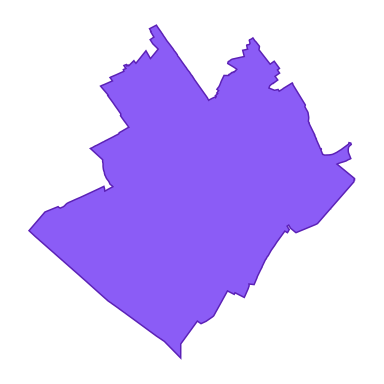 Westland, Zuid-Holland, Netherlands, rotated 271°
{"feature_id": "6326949B68142534510044", "entity_name": "Westland", "entity_type": "district", "adm_level": 2, "iso_a3": "NLD", "parent_name": "Netherlands", "parent_adm1": "Zuid-Holland", "projection": "orthographic", "projection_center": [4.25, 52.001], "detail": "fine", "context": "isolated", "style": "filled", "palette": "violet", "viewbox_px": 384, "rotation_deg": 271, "n_neighbors": 0, "source": "geoboundaries", "source_scale": "gbopen_adm2", "svg_char_len": 5772}
<svg xmlns="http://www.w3.org/2000/svg" viewBox="0 0 384 384"><g transform="rotate(271 192 192)"><path d="M150.5,29.7L144.9,35.9L103.0,85.2L89.6,100.7L81.7,109.9L76.8,117.1L64.7,134.4L47.3,159.0L42.2,166.9L25.8,183.6L39.9,183.4L63.0,199.6L60.5,203.3L62.7,207.8L62.8,208.1L67.3,214.4L68.1,215.4L68.3,215.6L68.8,216.0L73.2,218.3L75.0,219.3L83.7,223.9L93.7,229.2L92.1,232.5L90.4,236.0L92.0,236.8L87.5,246.1L89.5,247.0L96.2,249.8L99.0,250.7L100.2,250.7L101.0,250.6L100.5,255.7L107.6,258.6L108.1,258.6L114.6,261.6L118.2,263.4L118.6,263.4L124.7,266.2L125.8,266.7L125.9,267.0L129.0,268.6L129.1,268.9L130.0,269.5L133.8,271.5L135.2,272.3L137.1,273.6L138.4,274.5L140.0,275.6L141.8,276.7L142.0,276.8L144.0,278.1L148.5,281.3L154.5,285.5L153.0,288.1L153.9,288.7L155.2,289.4L155.3,289.4L156.2,289.9L156.5,289.6L156.8,289.3L157.2,289.1L159.5,287.7L159.6,287.9L160.1,288.5L160.6,289.3L157.6,291.1L153.2,296.5L153.2,296.8L161.6,316.1L162.6,318.0L177.6,330.6L177.6,330.8L177.8,330.8L205.0,353.7L208.1,354.0L207.8,354.3L208.3,354.3L222.4,336.5L223.0,337.6L224.0,340.4L225.1,343.8L225.3,344.3L225.8,345.7L226.2,346.3L226.7,347.1L227.0,347.7L227.2,348.1L227.3,348.4L227.9,349.7L228.2,350.2L229.4,349.7L231.6,348.8L233.5,348.0L234.0,347.8L235.1,347.6L235.8,347.5L236.8,347.5L237.9,347.5L238.4,347.6L239.3,347.8L239.9,348.0L240.4,348.3L242.3,350.4L243.7,349.9L244.1,348.1L242.6,347.7L236.7,340.0L236.4,339.4L235.2,337.6L234.2,336.1L233.4,334.6L232.8,333.4L232.1,331.8L231.9,331.0L231.5,328.9L231.2,323.8L231.8,322.6L231.7,322.5L231.9,322.0L236.2,320.2L237.1,320.6L237.5,320.4L237.2,319.8L237.3,319.7L241.3,317.9L242.3,317.4L247.3,315.1L247.4,315.3L250.9,313.5L251.1,313.8L254.3,312.1L261.1,308.6L262.9,307.8L263.1,308.0L264.7,307.1L266.3,307.3L267.6,307.4L268.8,307.4L270.0,307.2L272.4,306.8L273.5,306.6L274.3,306.2L279.1,303.4L279.5,303.4L281.0,303.8L300.8,291.2L302.3,290.7L302.8,290.3L302.4,289.8L302.4,289.7L297.1,281.4L296.7,281.1L294.3,277.4L296.0,276.3L295.2,273.0L295.2,272.6L297.3,267.1L299.6,267.9L301.2,269.7L301.2,269.8L302.3,271.3L302.1,271.4L305.5,275.8L309.1,273.0L312.4,277.5L315.5,275.3L317.1,277.3L324.2,271.9L321.2,267.9L335.2,256.6L335.5,256.5L338.5,256.9L339.0,256.8L343.3,253.3L344.3,252.2L347.1,250.2L345.9,248.6L345.2,246.9L344.9,246.7L344.7,246.6L341.9,247.4L341.7,247.4L340.7,246.9L340.5,246.7L340.0,244.3L339.8,244.2L339.6,244.1L336.2,244.9L335.8,245.1L335.4,243.6L335.3,243.4L334.6,240.2L328.4,241.9L325.6,230.2L325.5,229.9L325.3,229.4L324.7,228.5L324.4,228.0L324.2,227.9L323.9,227.6L323.7,227.4L323.5,226.9L323.3,226.4L323.1,226.1L322.6,225.8L322.1,225.7L321.1,225.5L319.6,228.1L317.5,231.7L316.7,232.9L315.8,234.4L315.4,234.7L315.0,234.2L314.1,233.5L313.5,232.9L313.5,232.7L313.3,232.5L313.2,232.5L312.8,232.2L312.7,232.1L312.9,231.6L312.1,230.7L312.4,230.1L311.8,229.3L311.6,229.3L311.1,228.4L310.8,228.4L310.1,226.8L309.2,226.8L309.1,225.9L309.1,222.0L303.7,219.5L303.0,219.2L301.0,218.5L300.2,218.2L299.4,217.9L298.7,217.5L298.4,217.4L297.9,217.2L296.5,216.1L295.1,215.1L293.8,216.8L291.4,215.1L290.8,215.9L288.7,213.7L287.8,214.5L286.7,213.9L287.3,213.2L286.7,211.9L285.5,209.6L284.3,207.4L284.0,207.1L284.9,206.5L285.8,206.1L286.3,205.8L287.9,204.7L300.1,195.7L303.4,193.3L304.4,192.5L305.0,192.2L306.0,191.5L306.5,191.2L308.3,190.0L308.9,189.4L309.4,189.0L309.9,188.7L310.2,188.5L310.6,188.2L311.1,187.9L311.7,187.5L314.7,185.0L315.1,184.8L315.7,184.4L316.3,184.0L317.4,183.1L321.7,179.9L326.4,176.5L327.1,175.9L327.4,175.6L327.7,175.4L328.6,175.0L329.0,174.9L329.7,174.4L330.5,173.8L331.6,173.0L332.9,171.8L334.5,170.8L337.2,168.7L338.6,167.6L340.1,166.4L342.8,164.2L345.8,162.2L347.4,161.0L349.6,159.6L350.6,158.8L351.3,158.4L356.2,154.8L358.2,153.5L354.5,146.7L351.8,148.3L351.5,147.9L346.2,151.2L343.6,147.5L339.5,150.2L334.3,155.7L325.1,148.5L324.7,148.1L332.4,143.5L320.1,134.0L319.7,133.7L321.7,132.0L322.3,131.6L318.4,127.8L317.1,126.6L317.9,125.8L317.5,125.3L316.9,124.8L318.3,124.2L318.2,123.9L317.8,122.9L317.3,121.7L316.0,122.5L315.1,123.2L314.6,123.4L314.3,123.7L313.2,121.2L311.5,121.8L311.4,121.7L309.9,118.4L308.0,114.4L305.4,108.6L305.0,108.0L304.3,108.6L301.7,110.5L300.4,107.7L298.1,102.7L297.0,100.1L296.3,98.7L292.6,101.9L291.2,103.2L288.1,105.9L288.0,106.0L287.6,106.3L287.6,106.2L287.1,106.0L286.0,106.8L280.1,111.3L276.7,113.7L273.2,116.3L268.9,119.4L268.4,119.4L267.9,119.4L267.2,119.5L267.0,119.2L265.3,120.4L264.6,120.9L262.1,122.8L261.9,122.9L259.7,124.7L259.5,124.8L257.5,126.3L255.6,127.7L255.4,127.3L255.0,126.5L254.5,125.6L253.6,124.2L253.0,123.1L251.7,121.1L251.0,119.8L250.7,119.4L250.3,118.6L250.2,118.4L249.9,118.1L249.6,118.1L249.4,118.1L249.2,117.9L248.8,117.6L248.1,116.5L246.8,114.0L246.2,113.0L245.4,111.5L244.5,109.8L244.3,109.5L243.8,108.4L243.2,107.4L242.1,105.3L241.9,104.8L241.8,104.6L241.7,104.4L241.4,104.0L240.8,103.0L240.6,102.7L240.3,101.8L239.8,101.0L237.0,95.9L236.5,94.7L235.7,93.3L235.0,92.2L234.4,91.1L234.0,90.4L234.0,90.1L233.7,89.6L233.0,90.5L232.1,91.5L222.7,102.1L221.5,102.1L221.0,102.1L220.6,102.2L219.9,102.3L219.3,102.5L218.1,102.6L216.4,102.6L215.3,102.7L214.5,102.8L214.1,102.9L213.6,102.9L211.7,103.4L210.8,103.8L210.3,104.0L208.8,104.2L208.5,104.3L207.4,104.6L207.2,104.7L206.6,105.1L205.6,105.5L204.7,106.0L204.0,106.3L203.7,106.5L203.3,106.9L202.7,107.3L202.3,107.7L201.2,108.5L200.5,108.9L200.2,109.1L199.5,109.4L198.4,109.9L198.0,110.3L197.3,111.3L196.6,112.2L195.9,112.8L193.0,107.6L191.8,105.7L191.4,104.8L192.1,104.7L192.6,104.6L193.3,104.6L193.7,104.5L194.1,104.4L196.1,103.8L193.5,98.6L184.5,80.1L183.9,78.7L182.3,75.2L180.5,71.4L179.8,69.8L179.1,68.4L178.4,67.2L177.8,66.5L177.0,65.7L175.9,64.8L174.8,63.2L174.7,63.0L174.2,61.8L173.6,60.6L174.3,59.0L175.0,58.4L173.5,54.8L171.7,50.6L170.3,47.3L169.4,45.3L150.5,29.7Z" fill="#8b5cf6" stroke="#5b21b6" stroke-width="1.5"/></g></svg>